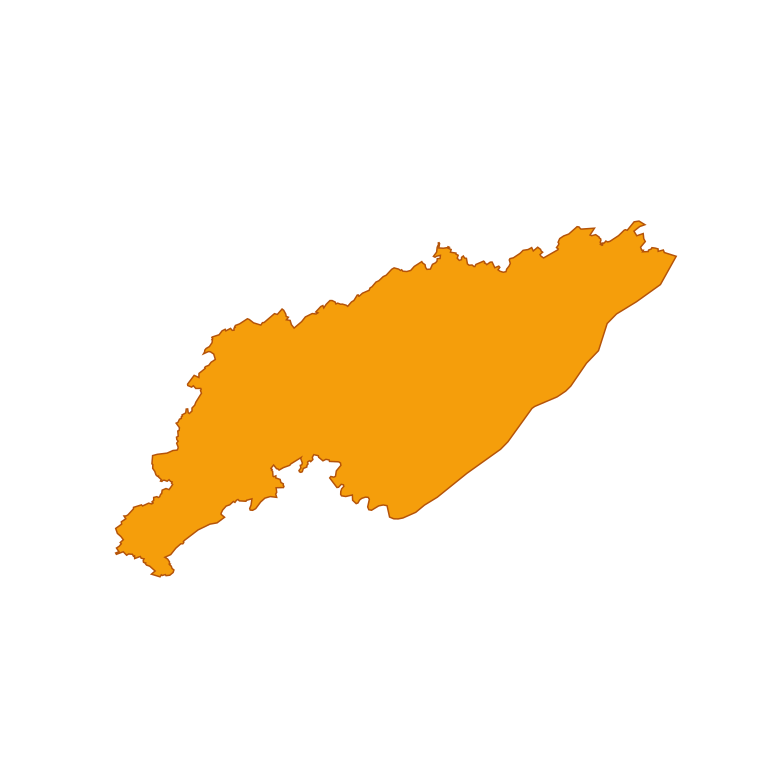 outline of Adare-Rathkeale Lea-6, Limerick, Ireland, rotated 150°
{"feature_id": "5873133B54360294204800", "entity_name": "Adare-Rathkeale Lea-6", "entity_type": "district", "adm_level": 2, "iso_a3": "IRL", "parent_name": "Ireland", "parent_adm1": "Limerick", "projection": "equal_earth", "projection_center": [-8.823, 52.558], "detail": "fine", "context": "isolated", "style": "filled", "palette": "amber", "viewbox_px": 768, "rotation_deg": 150, "n_neighbors": 0, "source": "geoboundaries", "source_scale": "gbopen_adm2", "svg_char_len": 6143}
<svg xmlns="http://www.w3.org/2000/svg" viewBox="0 0 768 768"><g transform="rotate(150 384 384)"><path d="M67.1,348.5L75.5,357.7L75.1,360.4L80.2,361.8L79.1,364.0L81.3,366.2L83.8,368.1L85.2,367.3L87.9,367.7L89.0,366.6L94.0,369.2L92.5,370.1L93.9,371.1L93.4,374.2L86.5,376.7L86.4,379.9L84.3,384.7L91.0,386.0L91.1,391.4L83.8,392.5L78.4,391.5L81.7,397.6L86.3,399.4L96.5,395.5L97.8,396.9L99.1,397.1L106.7,395.2L116.9,394.6L119.3,395.2L120.4,396.9L122.7,396.0L124.5,396.9L125.1,396.1L124.6,395.9L125.7,395.6L124.8,394.9L125.9,395.1L126.8,396.9L125.8,397.4L125.9,398.7L124.4,399.9L123.8,401.3L124.5,402.9L124.2,403.6L126.0,407.5L130.0,408.6L131.1,410.0L123.8,413.7L135.5,419.4L136.2,420.1L136.6,422.5L138.1,423.7L149.0,421.5L154.4,422.4L159.1,422.1L162.4,419.7L162.3,418.4L163.2,417.3L166.4,415.9L165.6,413.8L166.5,413.3L182.8,413.4L184.2,416.4L184.2,418.1L180.7,418.8L181.4,420.7L181.1,422.3L182.5,425.6L188.2,424.6L187.9,428.3L192.0,428.4L196.7,430.2L200.9,429.1L208.9,428.6L212.2,429.6L213.5,428.8L214.3,425.3L216.7,423.6L220.4,422.1L222.1,420.3L224.8,421.1L227.2,423.7L228.2,425.9L225.4,427.1L225.7,428.7L229.9,429.3L229.4,435.5L231.0,436.4L235.3,436.0L235.8,438.0L236.5,438.4L235.9,439.6L236.3,440.6L244.6,441.6L246.6,440.3L247.4,440.8L248.2,443.0L250.9,444.3L251.7,446.3L249.8,451.6L251.2,452.7L251.3,455.2L253.5,454.9L254.7,453.0L257.0,453.4L257.7,456.3L255.4,458.4L256.7,460.4L256.2,461.4L260.6,464.9L258.6,466.9L260.6,469.6L259.1,469.8L259.9,470.9L260.9,470.4L264.7,471.9L268.5,474.4L265.6,477.9L265.7,478.9L266.5,479.0L266.8,477.8L269.6,475.8L272.5,471.9L277.4,469.8L276.4,468.3L274.6,468.4L270.8,467.2L272.7,464.7L275.2,465.9L276.7,463.9L278.7,463.2L282.2,463.4L286.4,460.3L289.5,461.8L289.7,464.2L288.8,466.8L290.0,469.4L290.1,471.1L299.0,470.7L304.1,469.0L308.0,470.0L311.3,472.3L311.6,474.1L312.9,474.1L313.9,476.2L317.2,479.5L320.0,479.5L327.7,477.1L331.0,477.4L336.9,476.0L340.0,476.3L345.8,474.2L348.0,474.2L350.0,472.6L357.2,473.4L361.5,472.5L362.0,472.8L361.8,474.0L362.7,474.4L368.3,471.4L371.2,471.3L376.6,469.4L377.3,471.1L380.2,474.1L381.6,474.7L383.7,477.2L385.6,477.4L385.3,479.4L387.2,482.2L389.1,483.3L394.3,481.9L398.1,480.0L397.7,482.5L400.0,482.7L407.1,480.5L405.7,478.7L407.8,478.6L410.9,480.9L418.6,481.4L424.1,479.2L433.9,477.4L434.5,481.7L433.5,486.0L436.4,488.4L433.4,489.6L434.9,491.4L434.1,493.9L434.0,498.0L434.8,499.9L441.6,497.6L443.7,499.7L457.1,497.2L458.6,497.9L461.2,496.6L466.4,502.2L468.4,507.2L469.7,508.8L479.0,508.3L483.4,509.0L484.8,508.1L484.6,507.5L486.0,507.3L487.0,505.6L488.6,506.3L489.1,508.9L494.4,509.1L494.2,510.8L497.7,511.0L502.2,509.1L509.3,510.6L509.8,510.4L509.6,509.2L510.8,508.5L510.4,508.2L512.2,505.8L516.5,503.7L520.3,503.7L522.3,502.9L523.4,501.4L525.2,500.4L520.0,499.9L518.3,498.8L516.5,495.1L517.8,489.6L522.9,489.3L526.4,487.8L530.0,488.3L531.1,487.8L531.1,486.9L538.9,485.7L541.1,482.2L544.1,486.4L554.2,482.1L554.7,480.8L552.2,477.5L550.0,477.8L549.2,474.2L544.9,471.8L545.0,470.8L546.2,470.1L546.7,467.3L556.1,462.3L558.5,460.3L562.3,459.2L563.8,456.6L567.4,455.8L567.9,457.0L566.5,460.6L567.8,461.2L570.2,458.1L574.4,458.2L574.7,457.0L576.0,456.9L576.7,455.5L578.7,455.8L581.6,453.8L583.6,454.0L583.0,448.4L584.7,446.2L586.1,446.4L588.3,441.7L590.3,441.7L591.2,439.5L590.9,437.4L593.2,436.4L593.8,432.3L594.7,431.1L596.3,430.2L599.9,431.9L606.4,432.6L615.6,436.5L620.2,437.7L624.9,430.9L624.5,429.8L626.5,426.6L626.2,422.9L626.9,419.4L626.4,417.4L625.4,417.0L625.8,416.3L624.7,412.6L626.1,411.7L625.1,410.7L623.5,411.1L622.2,410.4L620.4,408.2L618.0,408.6L617.5,406.3L616.5,405.1L617.6,404.4L617.3,402.6L622.9,400.0L625.1,402.5L629.2,403.0L631.4,400.2L632.5,400.2L634.7,398.5L636.3,398.6L637.0,400.0L640.2,400.9L641.6,398.4L643.9,397.9L643.4,396.6L643.9,396.2L645.3,396.4L647.4,398.5L654.1,399.1L654.5,400.6L662.6,402.4L663.5,401.1L671.2,398.7L673.2,398.7L675.2,399.7L675.0,396.4L680.4,396.0L681.3,393.8L688.6,393.1L689.6,387.9L688.1,383.5L687.6,379.5L691.7,378.6L691.4,377.0L694.4,375.9L697.7,375.7L697.4,371.3L700.9,371.8L700.9,370.3L693.7,369.1L692.5,364.4L690.2,364.5L687.0,362.3L687.1,360.1L686.0,359.9L687.2,357.5L681.3,356.5L681.4,354.5L679.2,352.6L680.9,351.4L681.4,349.8L679.9,348.2L680.5,347.9L680.2,345.9L678.0,343.4L675.7,336.5L680.5,335.6L674.4,329.0L672.3,330.1L671.9,329.1L668.7,328.3L668.6,327.0L665.1,325.5L660.9,326.2L658.9,328.0L659.8,330.2L659.3,332.6L660.1,334.9L659.2,335.1L659.7,335.8L658.7,337.2L658.9,340.6L660.4,343.5L654.0,342.9L646.4,345.9L639.9,347.2L638.1,346.2L636.7,346.8L636.5,347.9L634.7,348.4L618.0,350.6L604.9,349.7L598.0,347.2L588.7,348.3L590.2,352.5L589.7,353.5L586.8,355.5L581.7,357.2L578.0,356.5L573.2,357.6L572.3,356.0L569.9,357.1L568.2,357.0L567.7,355.1L562.2,351.5L561.1,352.0L555.8,350.6L559.7,345.6L562.6,343.3L562.9,341.7L560.9,340.3L557.5,340.2L549.8,343.5L544.2,344.7L538.8,343.4L533.6,339.5L532.8,342.9L531.1,343.8L529.3,348.1L522.9,344.6L521.8,345.4L521.9,346.7L521.1,347.9L522.5,350.2L521.7,353.3L524.7,356.8L523.6,358.5L525.8,358.8L526.2,359.7L524.1,364.1L524.5,365.7L523.6,366.0L524.1,367.5L520.1,369.0L519.4,364.4L518.4,363.6L517.9,361.9L512.9,361.9L506.3,360.7L504.6,361.4L492.5,361.8L493.4,361.2L494.2,356.4L495.7,355.1L497.2,355.4L498.0,352.8L500.9,351.6L501.1,350.2L500.2,349.1L498.6,348.9L496.1,351.2L492.4,350.7L491.4,352.1L489.8,352.7L489.3,354.5L488.6,354.8L486.6,354.7L486.3,353.4L483.4,354.1L482.7,356.4L480.1,357.9L476.8,354.8L477.2,353.2L475.3,348.0L472.0,347.8L469.5,345.7L469.9,344.2L462.2,339.3L461.2,337.4L462.0,335.1L468.7,332.6L472.2,328.3L474.0,328.4L476.3,330.5L478.0,329.8L476.5,317.9L475.0,317.3L471.2,318.5L469.5,317.0L470.0,315.4L473.1,314.4L475.2,312.5L476.7,310.1L476.7,308.4L473.4,305.7L466.9,303.7L469.3,299.0L467.9,294.3L466.0,294.0L463.2,295.7L460.5,296.1L456.6,295.3L454.4,293.8L454.3,291.5L459.6,285.7L460.0,282.7L457.9,280.9L449.5,281.1L445.1,279.6L442.2,277.1L445.7,266.0L443.0,262.4L439.2,260.1L434.6,258.5L420.6,257.0L409.5,258.9L394.5,259.3L356.9,265.2L315.6,269.2L305.6,272.0L268.0,288.9L264.6,289.2L240.4,286.3L230.2,287.0L223.3,288.8L198.2,300.8L181.6,305.6L160.5,324.8L147.6,328.4L124.3,329.0L94.9,331.9L67.1,348.5Z" fill="#f59e0b" stroke="#b45309" stroke-width="1.5"/></g></svg>